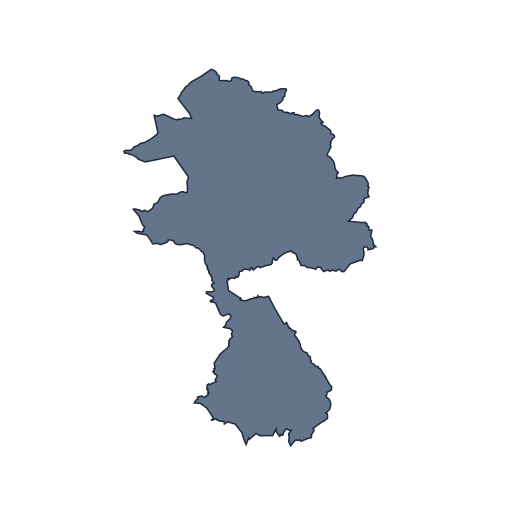 Huejúcar, Jalisco, Mexico (Albers equal-area conic projection), rotated 52°
{"feature_id": "50627088B78900582914746", "entity_name": "Huejúcar", "entity_type": "district", "adm_level": 2, "iso_a3": "MEX", "parent_name": "Mexico", "parent_adm1": "Jalisco", "projection": "albers", "projection_center": [-103.223, 22.31], "detail": "fine", "context": "isolated", "style": "filled", "palette": "slate", "viewbox_px": 512, "rotation_deg": 52, "n_neighbors": 0, "source": "geoboundaries", "source_scale": "gbopen_adm2", "svg_char_len": 6136}
<svg xmlns="http://www.w3.org/2000/svg" viewBox="0 0 512 512"><g transform="rotate(52 256 256)"><path d="M182.8,330.0L185.6,325.7L188.0,324.5L189.9,319.7L190.3,316.4L189.2,315.3L190.7,313.6L193.3,311.6L196.6,312.1L198.6,310.8L201.0,308.0L203.7,302.8L208.6,299.2L210.4,298.2L212.2,298.4L215.0,296.3L219.0,296.2L220.3,295.4L224.1,296.2L227.4,299.1L230.8,300.6L234.0,300.7L234.6,301.5L235.2,301.0L236.5,302.5L238.9,302.0L239.1,302.9L241.5,303.7L242.6,303.2L244.5,304.1L245.3,303.6L248.0,305.7L251.6,305.9L251.1,308.1L252.3,309.6L257.1,309.5L257.6,310.9L257.2,312.6L253.7,317.0L254.7,318.2L262.0,315.1L263.0,315.5L264.2,316.9L262.9,319.3L263.2,319.7L264.8,319.7L266.1,317.9L268.4,316.9L279.3,319.8L281.0,319.7L283.2,318.7L284.3,314.7L285.4,312.7L287.7,312.9L289.6,314.9L289.9,319.7L291.9,323.0L292.2,325.5L297.4,321.0L300.9,320.7L302.4,323.5L305.2,324.3L305.3,327.5L306.0,328.3L306.0,329.7L307.6,330.3L308.4,331.6L310.2,332.9L310.9,335.9L311.1,344.2L314.8,355.1L319.4,357.3L319.0,358.6L320.8,359.6L320.5,361.1L323.4,361.2L326.2,360.2L327.0,360.8L328.6,364.5L330.4,364.7L328.7,371.9L327.6,372.0L327.6,374.0L330.8,376.7L331.1,375.7L332.7,377.1L333.2,376.9L334.2,378.3L335.0,377.6L335.9,379.9L335.3,384.0L332.8,385.1L331.1,389.0L332.9,390.1L332.6,392.1L333.8,395.1L337.6,390.8L345.4,388.4L357.7,389.4L357.9,392.8L359.8,387.5L360.9,387.7L364.0,386.1L366.8,383.0L368.9,384.4L369.4,380.3L375.8,375.8L386.8,375.9L392.4,378.3L398.5,379.9L394.8,373.8L396.4,373.9L395.9,365.2L400.0,363.6L407.8,353.4L404.6,346.6L407.6,348.3L412.7,348.4L412.6,347.7L411.4,347.4L411.5,346.6L413.5,345.7L413.7,344.9L412.3,343.4L411.0,339.7L411.3,338.0L413.0,337.7L415.0,335.7L416.1,339.7L419.8,341.9L422.1,344.4L426.8,345.6L425.4,338.5L426.1,337.2L427.4,336.6L427.5,334.8L429.8,334.5L431.9,326.9L433.2,324.5L432.7,323.4L431.0,322.5L429.3,317.7L428.2,317.1L426.9,317.5L427.4,305.7L428.2,303.8L427.6,301.8L428.1,300.9L427.9,299.4L424.3,297.0L422.7,297.7L422.2,292.3L420.0,289.4L417.9,287.7L414.1,286.5L409.8,287.5L409.3,287.2L409.2,285.9L407.2,284.0L408.1,279.2L405.7,276.9L401.9,277.0L395.2,275.9L394.4,276.3L394.3,275.5L388.5,275.4L385.9,274.8L383.8,275.0L383.5,275.7L381.1,275.2L380.1,276.7L376.5,277.2L374.9,278.0L372.6,277.9L372.5,276.9L371.1,276.9L369.3,275.5L368.2,275.3L366.0,276.3L364.3,275.3L360.3,277.5L357.5,277.4L354.5,276.7L353.0,275.5L349.7,275.0L349.8,274.6L342.3,274.3L340.5,272.8L341.0,271.7L339.7,271.1L337.0,273.1L333.4,273.7L333.3,274.3L327.2,272.8L326.9,275.9L309.2,273.5L295.5,270.9L293.5,275.3L290.5,277.8L290.3,279.1L288.4,279.0L289.4,281.6L287.8,282.6L288.4,282.9L286.3,286.9L285.4,290.5L283.5,293.6L282.0,294.1L281.5,295.2L280.6,295.5L280.7,294.5L279.3,293.9L278.9,294.6L266.1,298.9L259.4,294.9L258.5,295.0L257.9,293.9L257.8,292.0L256.6,292.4L256.4,291.5L258.0,290.3L258.4,288.4L260.6,286.5L260.5,285.2L259.7,284.5L261.3,283.7L261.3,282.3L259.3,279.7L258.3,279.1L258.3,277.8L259.4,276.2L258.8,273.8L262.2,270.1L263.5,269.9L262.1,267.5L262.4,266.6L263.0,266.3L264.4,267.2L265.3,266.8L265.4,261.3L265.8,260.5L267.8,259.8L270.0,253.3L272.0,249.6L271.5,247.4L269.7,246.1L268.2,243.6L271.0,243.6L272.1,242.1L271.1,238.4L271.4,231.4L273.7,225.0L275.6,225.0L278.7,223.3L282.9,224.4L284.1,225.6L286.4,225.0L291.1,226.4L293.9,223.3L296.8,222.7L298.7,220.2L302.5,217.6L303.2,216.9L302.5,214.4L305.1,211.9L306.6,212.6L308.2,212.1L309.8,212.4L311.4,207.8L313.5,207.4L313.4,206.7L314.6,204.2L317.2,202.3L317.3,199.3L318.0,198.5L321.2,197.9L322.5,196.3L320.2,186.7L323.6,176.2L325.1,175.1L321.7,170.3L319.4,168.5L317.1,167.6L316.1,166.8L315.8,165.6L316.3,163.6L317.2,163.1L318.5,162.9L320.1,164.0L322.3,159.0L321.5,157.7L322.5,155.9L319.7,156.4L314.3,153.8L311.1,153.6L306.8,148.7L305.3,150.9L303.2,150.0L302.9,149.2L301.5,149.2L300.8,150.0L298.8,148.8L298.3,149.8L298.5,149.2L296.9,149.0L295.0,151.8L285.4,161.8L285.2,156.3L283.6,153.8L282.8,151.4L283.3,150.3L281.3,146.4L281.4,143.1L280.1,141.4L279.9,137.6L277.3,135.3L279.0,130.6L275.4,129.4L272.4,126.3L271.5,124.6L269.7,125.0L269.3,123.9L267.3,122.6L261.6,121.8L259.7,122.0L258.1,123.2L251.8,130.0L248.3,136.8L247.5,140.2L246.2,141.3L244.3,144.8L243.5,143.2L241.2,142.1L241.3,140.5L240.8,139.8L238.0,140.2L235.6,139.7L231.7,137.5L229.2,136.7L225.8,136.6L222.8,137.0L221.9,137.8L219.7,137.4L216.1,129.6L214.0,129.1L213.3,127.5L212.0,127.4L211.5,125.2L210.8,124.6L210.6,120.9L209.8,120.2L207.5,120.4L205.8,121.8L203.6,120.2L202.4,120.1L195.9,121.7L193.6,123.3L191.7,123.3L191.0,122.7L192.2,121.4L192.0,120.8L187.3,121.2L184.8,120.5L182.7,118.0L180.0,116.9L179.0,117.0L178.3,118.9L179.1,123.9L178.5,128.6L176.4,129.7L174.8,133.4L172.3,134.7L171.4,135.9L169.7,136.3L169.4,137.6L168.0,138.6L166.5,137.7L165.3,139.9L165.2,141.4L163.2,142.1L162.5,143.0L161.9,142.9L160.3,145.3L157.2,145.8L154.4,148.7L149.6,146.6L150.1,142.2L149.2,138.2L147.5,136.9L147.8,134.9L145.4,133.0L144.1,129.9L142.9,129.4L139.8,133.1L138.6,136.1L138.7,137.3L136.5,141.3L136.7,142.4L131.9,148.6L132.1,150.4L131.5,150.9L129.5,150.5L129.0,152.1L124.8,156.5L122.7,156.7L120.1,155.6L116.7,156.2L116.3,155.5L115.0,155.3L114.5,154.6L112.1,155.2L111.9,156.0L108.6,157.2L107.8,158.4L104.1,160.6L101.7,163.1L100.9,165.5L102.3,167.2L102.5,168.5L101.3,170.2L100.2,170.5L95.5,176.6L94.7,176.8L92.0,174.2L90.5,174.2L89.4,174.9L87.2,174.1L84.1,174.7L81.3,176.4L80.6,188.9L78.8,201.0L79.7,204.1L79.4,207.3L80.7,211.1L81.1,214.1L82.4,216.0L83.9,220.6L103.2,220.7L108.0,222.2L102.8,227.7L101.9,231.4L100.6,232.4L100.1,234.4L98.1,236.1L87.5,241.4L84.8,248.1L82.4,249.6L98.0,257.2L99.2,259.0L99.1,266.7L98.0,273.9L96.2,277.4L96.0,281.6L94.9,285.1L95.8,287.9L95.0,290.5L92.2,294.0L92.3,295.8L94.1,296.2L96.2,293.8L97.8,293.2L100.1,291.1L105.1,289.3L107.2,289.2L113.6,285.5L126.7,259.2L152.3,260.6L155.2,264.9L160.8,268.5L163.5,271.2L162.9,272.4L160.3,274.0L159.0,276.4L158.6,280.2L155.0,284.6L152.0,290.5L151.1,293.3L151.2,296.0L153.4,300.5L152.4,304.6L154.1,306.8L154.8,308.7L154.2,314.6L151.4,315.4L150.4,318.9L148.3,319.2L144.0,322.8L143.6,323.9L152.5,323.6L161.0,326.1L164.8,326.0L166.1,329.3L167.3,329.6L166.8,331.1L164.4,333.1L161.9,336.6L165.2,335.4L172.2,329.2L176.1,329.1L182.8,330.0Z" fill="#64748b" stroke="#1e293b" stroke-width="1.5"/></g></svg>